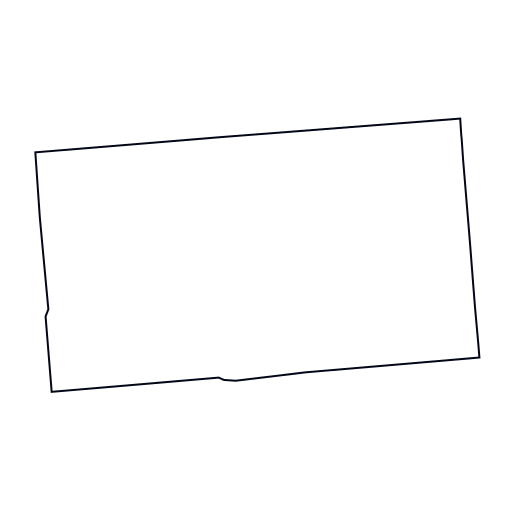 the district of Graves, Kentucky, United States of America, rotated 265°
{"feature_id": "52423323B8927734588522", "entity_name": "Graves", "entity_type": "district", "adm_level": 2, "iso_a3": "USA", "parent_name": "United States of America", "parent_adm1": "Kentucky", "projection": "equal_earth", "projection_center": [-88.656, 36.724], "detail": "fine", "context": "isolated", "style": "outline", "palette": "ink", "viewbox_px": 512, "rotation_deg": 265, "n_neighbors": 0, "source": "geoboundaries", "source_scale": "gbopen_adm2", "svg_char_len": 436}
<svg xmlns="http://www.w3.org/2000/svg" viewBox="0 0 512 512"><g transform="rotate(265 256 256)"><path d="M138.5,40.6L138.1,208.3L135.3,213.3L133.5,225.0L135.8,295.5L135.4,469.7L147.9,469.8L186.0,469.7L209.7,469.9L249.3,470.3L310.7,470.6L334.1,470.7L355.2,471.1L355.3,471.1L358.2,471.0L358.5,471.0L375.1,471.4L377.5,230.3L378.5,45.2L313.3,44.0L221.0,44.5L214.1,41.1L138.5,40.6Z" fill="none" stroke="#020617" stroke-width="2"/></g></svg>